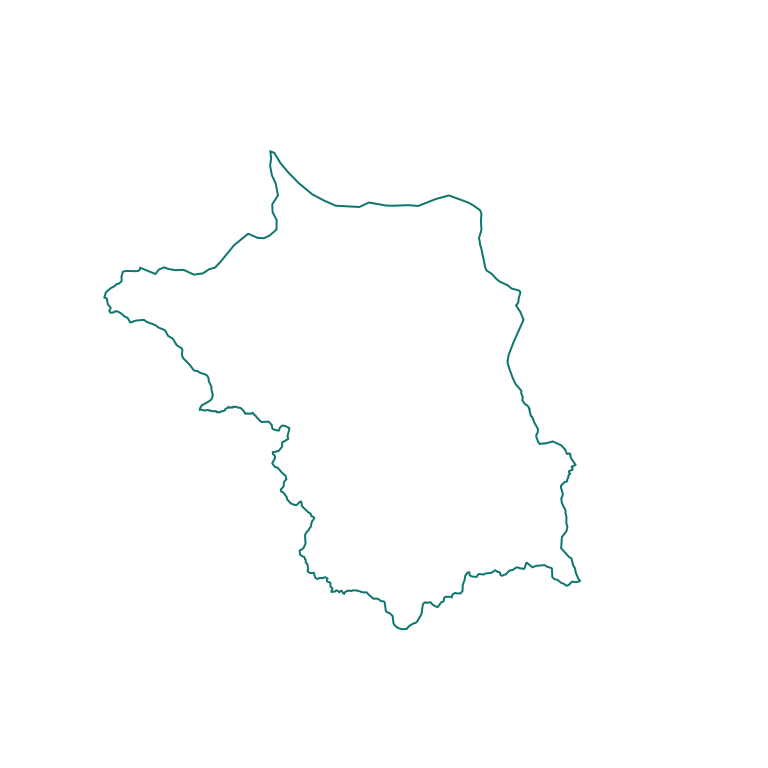 Kuan, Houaphan, Laos (Robinson projection), rotated 38°
{"feature_id": "54806243B93999085545465", "entity_name": "Kuan", "entity_type": "district", "adm_level": 2, "iso_a3": "LAO", "parent_name": "Laos", "parent_adm1": "Houaphan", "projection": "robinson", "projection_center": [104.43, 19.795], "detail": "fine", "context": "isolated", "style": "outline", "palette": "teal", "viewbox_px": 768, "rotation_deg": 38, "n_neighbors": 0, "source": "geoboundaries", "source_scale": "gbopen_adm2", "svg_char_len": 6165}
<svg xmlns="http://www.w3.org/2000/svg" viewBox="0 0 768 768"><g transform="rotate(38 384 384)"><path d="M659.6,418.5L657.1,417.8L651.4,414.7L648.0,411.7L644.6,410.4L639.1,406.0L636.6,406.4L624.7,404.4L618.4,395.0L618.4,387.7L616.4,383.6L613.5,381.5L609.4,376.2L606.4,373.8L604.5,371.6L598.2,368.7L597.1,367.9L594.2,365.1L593.3,361.7L592.8,360.7L587.5,356.9L586.4,355.7L586.1,355.1L586.7,349.8L587.7,348.9L588.1,347.9L587.0,345.9L586.7,343.8L585.8,342.9L585.8,340.1L584.5,340.0L583.6,339.0L583.7,338.1L585.3,335.8L584.8,334.6L583.0,333.9L582.8,333.4L584.1,331.5L584.5,329.7L577.2,327.3L575.1,326.0L574.1,324.5L572.7,324.6L571.9,325.9L571.1,326.4L567.0,324.1L561.3,323.2L552.3,325.4L548.3,330.9L544.7,334.1L543.9,335.3L541.7,335.0L537.5,332.5L535.5,330.8L535.0,327.8L533.8,325.5L532.2,324.3L525.7,321.6L520.9,318.6L519.7,318.8L515.6,315.9L514.3,314.1L513.6,314.3L512.8,313.4L510.3,312.7L507.9,313.1L503.2,311.8L501.4,308.9L497.8,306.8L496.4,304.8L487.9,303.1L481.7,300.0L472.6,294.3L467.8,290.7L464.4,284.5L460.1,270.4L454.4,247.4L446.8,243.2L439.7,240.8L439.7,237.3L436.9,232.6L435.9,229.6L434.7,227.5L432.9,227.2L425.8,230.2L420.4,230.1L412.2,232.1L407.9,232.0L400.7,230.9L394.8,231.4L392.1,229.9L377.5,217.5L373.9,215.1L371.9,212.9L369.1,210.7L365.9,202.6L360.0,195.8L355.9,189.8L352.6,187.9L344.6,188.3L338.8,189.1L319.0,195.5L310.9,206.4L301.4,222.6L292.8,228.3L282.3,237.2L276.1,241.9L260.4,250.3L255.6,259.7L236.1,273.3L223.2,276.5L210.8,278.7L193.1,278.2L178.3,276.2L166.4,273.7L155.2,269.4L151.3,270.7L156.2,275.7L159.9,282.2L167.3,288.6L175.1,292.6L184.3,300.6L185.3,311.1L190.3,317.1L198.6,321.0L204.2,328.5L202.4,337.5L199.6,343.1L194.6,346.6L184.5,349.2L180.4,366.7L180.0,387.2L179.2,396.3L175.5,401.3L173.2,408.3L166.8,414.9L155.8,417.4L149.9,422.5L143.5,426.0L138.9,427.5L136.1,432.5L136.2,438.0L120.4,442.5L121.0,443.8L121.0,445.7L119.5,447.5L111.4,453.5L109.8,455.2L109.2,456.6L111.1,461.2L113.0,463.1L113.9,464.8L113.2,468.3L111.9,469.7L111.3,473.0L109.6,476.9L108.4,483.0L110.4,488.0L112.9,487.3L117.3,491.2L121.5,492.2L122.2,493.1L122.4,495.4L124.2,496.2L126.0,495.2L127.9,491.8L129.4,490.8L133.0,490.3L138.4,490.5L141.0,489.7L146.0,491.7L147.3,490.6L148.2,488.5L150.0,486.2L155.3,481.3L158.9,481.1L167.1,478.5L172.2,478.2L177.6,476.6L179.4,476.8L184.0,479.0L188.9,478.4L191.0,478.8L196.3,480.9L198.3,481.0L202.6,480.4L204.3,481.4L206.5,485.1L208.5,486.7L210.6,487.4L218.1,488.3L225.4,490.2L226.7,490.0L229.0,488.6L231.3,488.6L237.5,486.4L239.9,486.4L241.8,487.2L244.4,489.8L249.5,492.3L251.4,494.6L255.8,498.0L256.5,499.2L257.3,501.5L257.4,503.3L256.2,506.8L253.5,513.1L254.0,516.5L254.8,517.7L255.5,516.8L258.6,515.6L261.7,512.5L263.0,512.5L263.6,511.8L265.2,511.4L266.1,510.4L267.4,509.7L268.2,508.8L269.4,509.3L270.5,508.2L271.6,508.0L272.8,505.4L273.9,504.5L274.8,502.8L274.4,501.7L275.3,499.2L275.4,498.1L276.7,498.0L277.5,496.6L278.8,496.4L279.1,496.0L279.0,495.0L280.3,494.2L280.9,493.2L283.7,492.5L284.2,491.8L285.4,491.3L287.0,491.2L290.0,491.7L292.8,492.8L293.1,492.3L293.7,492.3L294.1,491.6L294.7,491.5L296.6,489.7L297.5,489.4L298.1,487.9L298.9,487.5L300.2,488.2L302.3,488.0L303.8,488.6L309.5,489.4L311.1,489.2L316.1,484.8L316.8,484.7L320.9,485.5L323.3,487.7L324.3,487.9L325.9,487.5L329.0,486.1L329.9,485.1L328.9,482.8L329.1,480.2L329.6,479.2L332.1,477.9L336.5,477.0L337.6,478.8L340.0,484.4L342.3,486.2L341.2,488.9L341.1,490.2L340.1,491.4L339.9,492.4L339.9,493.1L341.7,495.2L342.3,497.0L342.2,501.0L341.9,502.3L341.1,502.7L340.4,504.1L338.4,506.0L338.4,506.4L339.9,507.7L341.4,507.5L343.1,508.4L344.2,511.3L344.4,514.4L345.0,515.4L348.9,516.5L349.7,516.4L351.1,515.6L352.6,515.6L358.3,516.7L363.0,517.0L365.7,519.1L365.5,522.4L365.9,523.5L367.5,525.6L367.9,526.9L367.7,530.6L368.5,531.8L369.2,532.0L370.4,531.6L373.5,531.8L374.9,532.6L376.5,532.8L378.8,534.6L383.7,535.4L386.1,535.0L388.8,533.9L389.7,533.1L390.2,529.1L390.7,527.9L391.2,527.7L394.6,530.8L402.8,531.7L406.0,531.4L408.1,532.8L409.6,532.3L411.4,532.4L411.9,534.1L411.8,536.3L412.9,539.1L414.2,541.4L414.2,544.9L414.6,545.6L414.3,547.8L414.5,550.7L414.9,551.8L416.7,553.9L419.0,556.3L419.2,556.9L420.3,557.7L421.5,562.4L421.1,564.7L420.2,566.6L420.2,567.3L422.8,570.1L425.3,570.1L427.3,569.5L429.0,570.0L429.8,570.8L430.6,570.9L432.2,572.8L434.4,573.1L438.2,576.5L438.8,578.3L439.3,578.8L441.9,578.5L443.6,577.4L444.9,576.0L448.9,578.9L450.7,579.0L451.6,578.5L452.9,576.3L455.2,574.9L456.2,572.9L456.8,572.4L459.0,572.0L459.5,572.4L459.6,573.6L460.1,574.3L461.2,574.5L463.5,573.7L464.3,573.9L466.6,576.6L469.0,576.8L469.6,577.4L469.9,579.3L470.4,580.0L470.8,580.1L473.2,577.6L473.3,576.6L474.0,575.7L474.7,575.4L475.9,575.7L476.9,575.6L477.5,573.3L478.3,573.2L481.1,574.1L481.7,573.9L481.5,572.1L482.2,569.7L483.2,569.2L483.7,568.3L485.7,567.2L486.8,565.5L489.2,563.8L493.1,562.0L494.3,561.9L495.1,561.2L496.7,560.6L497.8,559.3L498.7,558.9L502.3,559.5L507.9,559.7L509.6,558.1L511.6,557.0L515.6,556.8L517.6,555.5L518.4,555.5L519.1,555.8L525.3,561.8L527.1,561.9L529.7,561.1L533.6,561.5L538.9,566.8L540.6,567.5L544.7,567.7L547.2,567.0L550.2,565.4L552.7,562.8L552.8,559.2L554.7,554.3L555.8,553.1L556.4,551.2L555.3,542.4L551.0,535.1L550.4,533.5L550.4,531.2L550.7,530.8L552.5,530.1L554.3,528.0L555.4,527.3L557.3,527.9L561.0,527.7L563.7,526.6L563.5,520.9L563.8,520.0L564.6,519.2L564.7,518.2L563.3,516.2L563.3,514.1L566.6,511.3L568.7,510.4L567.7,508.1L568.0,506.2L568.7,504.9L570.1,504.3L573.2,501.9L573.3,498.7L569.7,493.8L568.3,489.1L566.1,485.0L565.9,481.2L566.4,480.5L567.3,479.9L568.8,481.6L570.1,481.9L571.7,481.6L575.5,479.2L575.7,478.5L575.4,476.1L576.1,475.1L579.9,472.7L580.4,471.1L584.4,467.1L585.4,465.4L585.9,462.9L586.5,462.3L589.3,462.1L590.3,461.3L591.7,461.3L592.6,462.4L594.0,462.7L594.8,462.6L595.4,462.1L596.1,460.3L597.2,459.2L597.7,453.7L599.9,451.4L601.2,447.2L602.1,446.3L605.7,445.1L606.4,444.2L608.0,443.8L608.1,442.3L606.4,437.9L606.3,437.3L606.7,436.9L613.8,437.1L615.8,433.7L622.0,427.9L625.2,427.5L629.0,426.0L629.9,426.0L630.7,426.9L635.6,432.6L638.6,432.8L641.2,431.6L646.3,431.6L648.8,430.7L651.8,430.7L652.9,429.3L653.5,427.8L653.5,425.7L654.1,423.8L657.3,422.0L659.2,419.6L659.6,418.5Z" fill="none" stroke="#0f766e" stroke-width="2"/></g></svg>